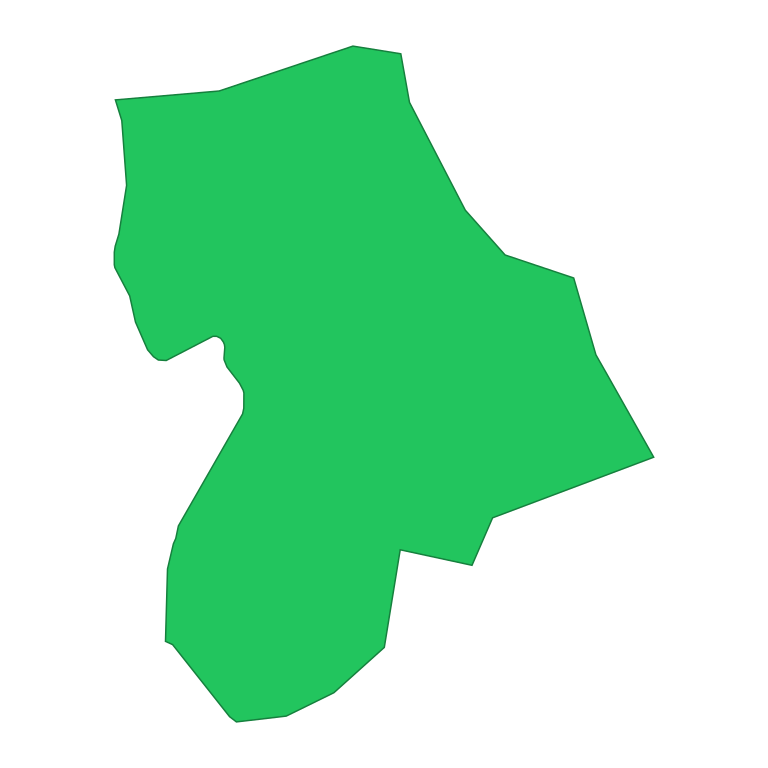 an SVG outline of Havering
{"feature_id": "GBR-2675", "entity_name": "Havering", "entity_type": "London Borough", "adm_level": 1, "iso_a3": "GBR", "parent_name": "United Kingdom", "parent_adm1": "", "projection": "orthographic", "projection_center": [0.199, 51.556], "detail": "fine", "context": "isolated", "style": "filled", "palette": "green", "viewbox_px": 768, "rotation_deg": 0, "n_neighbors": 0, "source": "natural_earth", "source_scale": "10m", "svg_char_len": 764}
<svg xmlns="http://www.w3.org/2000/svg" viewBox="0 0 768 768"><path d="M126.6,185.4L121.8,120.6L115.4,99.9L219.1,91.0L352.9,46.1L400.8,53.8L409.5,102.4L465.3,210.2L505.1,255.0L573.7,278.0L595.9,354.8L607.0,374.3L653.7,457.2L492.6,517.8L472.0,565.3L400.2,549.8L384.3,647.4L333.9,692.7L286.2,716.1L236.4,721.9L229.6,716.7L172.6,644.6L165.5,641.4L167.5,569.0L173.4,543.8L175.8,538.4L178.4,525.9L242.6,413.9L243.8,408.2L243.9,393.0L243.2,390.3L239.5,383.2L227.0,367.0L224.1,359.8L224.0,357.9L224.8,347.4L224.4,344.5L223.3,341.9L220.7,338.3L216.7,336.3L212.9,336.3L166.2,360.5L158.3,360.0L153.5,356.7L147.6,349.8L135.5,322.1L129.7,295.9L114.9,267.7L114.3,264.8L114.3,252.2L115.2,246.2L118.9,234.1L126.6,185.4Z" fill="#22c55e" stroke="#15803d" stroke-width="1.5"/></svg>